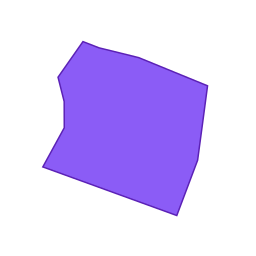 the border of Al Farwaniyah, rotated 30°
{"feature_id": "KWT-1664", "entity_name": "Al Farwaniyah", "entity_type": "Province", "adm_level": 1, "iso_a3": "KWT", "parent_name": "Kuwait", "parent_adm1": "", "projection": "robinson", "projection_center": [47.917, 29.258], "detail": "fine", "context": "isolated", "style": "filled", "palette": "violet", "viewbox_px": 256, "rotation_deg": 30, "n_neighbors": 0, "source": "natural_earth", "source_scale": "10m", "svg_char_len": 301}
<svg xmlns="http://www.w3.org/2000/svg" viewBox="0 0 256 256"><g transform="rotate(30 128 128)"><path d="M62.7,73.1L102.1,61.7L175.8,51.7L191.0,88.5L204.4,121.1L214.0,179.4L73.7,204.3L72.7,159.7L59.5,137.0L42.0,119.0L45.8,75.7L62.7,73.1Z" fill="#8b5cf6" stroke="#5b21b6" stroke-width="1.5"/></g></svg>